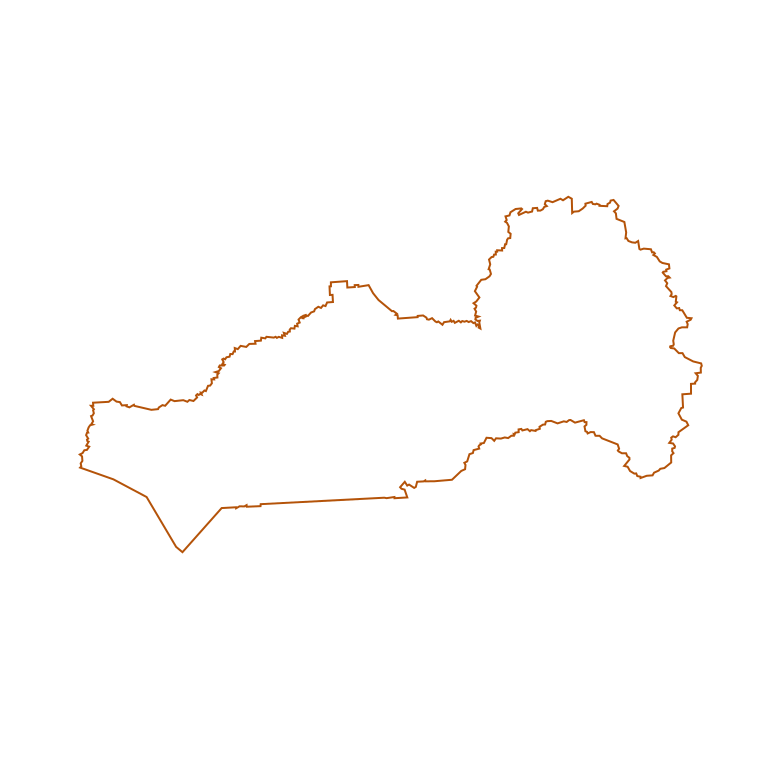 outline of Gwydir, New South Wales, Australia, rotated 258°
{"feature_id": "25037944B33520850609711", "entity_name": "Gwydir", "entity_type": "district", "adm_level": 2, "iso_a3": "AUS", "parent_name": "Australia", "parent_adm1": "New South Wales", "projection": "natural_earth1", "projection_center": [150.613, -29.498], "detail": "fine", "context": "isolated", "style": "outline", "palette": "amber", "viewbox_px": 768, "rotation_deg": 258, "n_neighbors": 0, "source": "geoboundaries", "source_scale": "gbopen_adm2", "svg_char_len": 6132}
<svg xmlns="http://www.w3.org/2000/svg" viewBox="0 0 768 768"><g transform="rotate(258 384 384)"><path d="M365.4,69.4L347.0,99.5L322.8,128.3L267.9,146.8L261.4,151.9L296.4,199.4L294.2,213.6L293.2,213.5L294.4,217.3L293.3,221.9L294.1,224.4L292.5,224.2L290.2,237.8L292.1,238.4L272.7,360.7L271.8,362.8L271.3,370.7L270.1,370.5L268.2,383.2L276.4,382.2L277.9,379.3L279.7,378.3L284.0,384.0L279.8,385.6L280.4,387.6L276.1,391.9L276.7,393.7L281.5,396.1L280.5,402.5L281.1,404.3L280.2,404.2L278.4,413.0L276.2,430.6L282.9,441.5L283.8,445.6L287.9,446.9L290.2,446.2L291.0,449.3L297.6,453.0L298.0,456.6L300.7,457.9L301.0,463.7L303.3,463.5L304.2,464.4L304.8,466.2L305.7,466.1L305.5,469.4L310.1,473.1L308.7,477.9L305.5,480.0L307.6,482.3L306.3,487.0L306.6,491.0L305.3,494.2L306.9,497.8L306.4,500.2L308.1,500.4L307.5,501.3L309.1,502.3L308.9,505.7L311.6,506.2L311.5,509.0L309.8,509.7L310.0,515.0L307.5,516.9L308.3,518.3L306.6,522.5L307.3,522.8L307.8,527.1L309.8,527.2L311.2,531.0L310.9,533.2L313.4,534.4L313.7,536.0L313.1,539.9L309.4,545.6L310.1,552.1L308.9,554.8L310.2,557.6L310.0,559.0L306.5,562.8L307.0,572.0L305.0,572.3L304.6,574.1L302.0,573.5L300.8,571.3L295.9,571.2L295.0,572.6L293.3,572.9L294.0,576.1L293.3,579.3L289.4,580.1L288.5,584.1L285.5,586.0L276.3,600.0L271.8,600.5L270.3,598.9L269.3,599.4L266.8,602.3L265.9,606.4L262.9,606.9L260.8,608.7L259.1,608.4L253.9,601.9L252.4,605.1L247.7,606.6L244.3,610.2L244.1,612.1L241.3,612.6L240.0,615.6L238.7,615.4L239.6,621.9L238.8,627.7L241.1,629.7L242.2,634.7L243.6,636.6L243.5,640.8L247.5,648.6L254.5,650.0L256.2,652.8L258.2,651.9L260.9,652.5L261.1,655.0L262.5,655.7L265.7,654.4L267.1,650.8L269.7,653.8L271.8,653.8L272.7,655.8L271.3,658.2L273.1,661.4L275.6,662.0L280.4,673.0L284.3,672.0L287.2,667.9L294.1,665.9L298.7,669.8L298.8,671.6L311.9,673.7L310.7,682.3L320.3,684.3L319.7,688.4L320.9,688.6L322.9,691.3L326.7,692.7L329.7,691.1L329.3,696.3L334.0,697.2L335.7,698.6L338.2,698.5L341.8,691.1L347.8,683.8L352.1,682.4L352.9,678.8L358.4,675.3L359.6,672.0L360.7,671.5L361.4,671.9L361.3,674.8L362.6,675.7L366.2,675.9L373.9,679.5L377.1,683.6L377.5,687.2L376.4,692.3L379.4,693.5L382.0,693.0L383.1,697.3L384.4,698.4L385.8,694.0L394.1,691.1L394.7,688.7L396.9,688.5L397.1,686.1L400.5,684.3L403.0,687.6L403.8,686.5L408.9,688.2L409.5,687.7L408.9,685.1L410.5,682.5L412.2,684.1L414.2,684.2L421.1,680.2L423.7,682.0L426.9,680.4L428.8,683.4L428.7,685.5L430.3,684.5L430.7,682.2L435.0,679.8L435.7,680.5L435.6,683.7L437.2,683.8L437.7,687.2L441.8,687.6L444.5,681.5L446.6,679.2L451.6,677.3L454.2,674.3L455.4,676.1L456.8,675.2L457.0,673.6L460.3,673.1L462.4,666.3L462.1,662.8L463.0,661.9L471.0,662.3L469.9,659.2L471.0,656.0L473.1,652.8L476.3,651.6L476.3,650.5L481.9,652.4L492.5,652.8L497.2,645.8L502.7,646.3L505.1,644.9L507.0,648.9L509.4,650.5L516.3,646.8L516.3,643.8L514.4,642.8L513.6,640.1L511.5,639.3L513.5,631.8L514.5,632.1L516.2,629.4L515.8,628.1L516.7,625.7L518.9,625.0L518.5,618.5L516.5,618.3L514.3,614.8L512.5,610.4L513.1,605.6L512.1,603.6L526.2,606.2L528.8,603.2L526.5,597.3L528.5,595.1L526.8,586.7L529.3,582.3L529.2,580.2L526.5,578.7L524.2,580.2L523.9,577.6L521.9,575.7L521.1,573.0L521.6,570.5L524.4,570.4L525.0,566.1L521.9,564.7L521.7,560.5L523.0,558.6L521.3,551.2L523.1,550.8L526.4,555.4L527.2,554.8L527.8,549.1L525.7,543.4L522.8,541.8L522.7,537.7L518.9,538.1L517.6,536.3L516.1,537.8L512.2,538.9L506.9,537.2L504.6,539.1L500.5,537.8L500.7,535.7L499.5,534.4L495.3,532.6L495.5,531.5L492.0,529.9L492.4,527.7L490.0,527.3L491.3,522.5L489.9,522.2L490.2,520.8L487.4,520.3L487.7,518.6L485.7,517.4L485.8,515.6L483.9,512.6L479.0,512.8L474.5,510.2L474.0,511.2L469.4,511.5L467.4,509.6L465.4,505.0L465.7,500.8L460.8,494.9L459.8,495.3L455.9,492.2L448.8,495.3L445.5,491.4L444.4,488.4L441.4,490.7L439.6,489.9L438.8,488.2L435.7,489.2L432.0,487.3L430.3,490.5L429.7,487.4L428.2,486.8L426.2,488.6L426.0,490.9L424.4,490.0L418.2,489.8L419.5,488.3L421.8,489.1L422.8,487.8L421.7,486.4L425.3,485.8L425.0,484.1L427.4,482.2L427.0,479.7L428.5,478.0L428.2,475.7L429.3,473.6L428.3,472.0L430.3,470.3L429.1,466.0L431.3,465.2L430.8,463.2L432.9,462.5L431.6,461.4L432.0,455.6L429.8,453.5L433.9,450.1L433.4,448.6L434.4,447.3L438.4,444.7L437.6,441.3L438.4,439.5L440.1,439.3L442.9,436.5L443.6,431.1L442.4,430.8L445.1,411.2L448.4,411.6L449.2,409.7L450.1,411.2L453.4,408.4L453.6,406.9L467.3,396.1L475.1,392.2L483.9,389.5L484.4,379.2L486.2,379.5L486.8,375.9L484.9,375.6L486.0,368.2L492.3,369.2L494.5,353.2L490.6,352.4L490.8,351.0L482.3,349.6L481.9,352.2L474.8,351.1L475.6,345.3L472.4,343.0L473.6,340.8L471.5,338.2L473.2,335.8L471.6,332.0L469.6,330.8L469.1,327.5L466.4,323.8L467.0,322.5L465.8,322.3L467.8,321.9L467.6,320.0L466.1,320.7L466.0,319.4L465.0,319.0L465.4,317.8L467.0,317.9L466.7,316.7L464.8,313.8L461.6,314.3L461.1,311.6L458.4,311.5L459.4,308.9L456.8,307.9L457.9,304.6L456.8,303.1L454.9,302.8L455.0,301.1L453.2,299.5L454.8,296.7L451.8,297.1L452.8,294.4L450.3,294.0L452.0,290.9L451.4,288.8L452.7,287.8L452.3,285.9L454.6,278.8L453.3,277.4L454.8,273.6L452.0,272.6L452.8,266.8L450.1,266.7L451.2,260.6L448.9,257.0L451.1,251.7L448.5,248.2L450.2,245.5L446.8,245.0L447.1,243.8L444.7,242.1L445.3,239.9L442.8,238.6L442.9,235.5L441.2,233.7L442.2,232.4L441.7,230.9L438.8,231.7L437.3,230.2L435.9,232.2L435.3,231.4L436.3,227.2L434.9,226.0L433.3,227.8L431.0,225.1L430.7,221.6L428.9,224.5L427.8,222.9L425.0,222.4L425.3,218.7L423.8,218.8L424.5,216.2L420.5,215.8L418.6,213.6L418.8,211.5L414.1,208.3L415.0,207.0L413.2,204.3L413.7,203.0L411.6,203.4L412.5,202.1L411.8,200.5L412.9,199.4L411.9,197.8L409.7,198.4L407.0,194.1L408.8,190.3L407.5,188.0L409.9,184.3L410.8,175.5L413.1,172.1L408.2,165.4L409.4,162.9L407.8,158.8L406.4,157.8L407.1,151.1L414.5,135.3L415.7,135.1L414.1,130.1L415.7,127.5L416.8,128.0L417.5,123.2L421.2,121.9L422.4,118.7L426.0,115.5L423.8,111.0L426.2,95.5L423.1,95.1L423.6,92.9L419.6,95.0L418.8,94.0L415.7,94.1L413.8,92.4L413.5,90.8L408.0,91.7L405.6,89.4L404.9,90.5L404.8,88.0L403.0,86.1L400.0,84.2L398.0,84.6L398.1,83.4L395.9,82.0L392.1,83.3L391.3,81.9L389.8,82.0L389.0,83.1L385.6,80.0L384.0,82.6L381.3,79.7L381.5,77.1L379.1,74.8L378.3,71.8L376.0,73.6L371.5,73.0L369.4,70.8L366.4,70.8L365.4,69.4Z" fill="none" stroke="#b45309" stroke-width="2"/></g></svg>